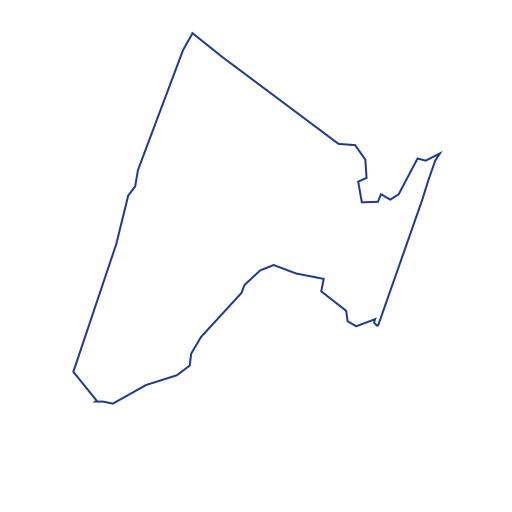 Hertford, North Carolina, United States of America (Albers equal-area conic projection), rotated 109°
{"feature_id": "52423323B21555121079401", "entity_name": "Hertford", "entity_type": "district", "adm_level": 2, "iso_a3": "USA", "parent_name": "United States of America", "parent_adm1": "North Carolina", "projection": "albers", "projection_center": [-76.982, 36.392], "detail": "fine", "context": "isolated", "style": "outline", "palette": "blue", "viewbox_px": 512, "rotation_deg": 109, "n_neighbors": 0, "source": "geoboundaries", "source_scale": "gbopen_adm2", "svg_char_len": 818}
<svg xmlns="http://www.w3.org/2000/svg" viewBox="0 0 512 512"><g transform="rotate(109 256 256)"><path d="M425.0,391.0L444.7,359.5L445.9,360.4L443.5,353.4L442.2,343.3L413.7,317.9L394.6,292.1L381.2,283.0L369.5,285.5L350.4,281.6L295.6,257.7L287.0,257.4L268.2,247.3L258.8,236.4L259.5,212.3L255.6,184.5L268.2,182.8L278.5,152.9L287.9,148.1L289.8,138.3L276.9,122.8L280.1,122.8L280.8,122.4L282.4,119.0L282.0,118.0L280.9,117.9L149.9,117.1L128.1,117.7L107.7,117.6L99.1,115.5L110.6,126.6L111.2,135.0L151.2,141.2L159.0,147.4L156.9,157.9L165.1,158.4L170.8,173.4L152.4,183.6L146.2,176.9L129.3,184.0L118.9,198.4L123.1,214.4L122.3,217.1L79.2,351.5L78.6,353.3L66.1,388.3L66.3,388.4L66.2,388.6L66.4,388.6L84.8,392.0L213.2,395.6L229.6,392.9L240.4,396.5L290.4,392.0L425.0,391.0Z" fill="none" stroke="#1e3a8a" stroke-width="2"/></g></svg>